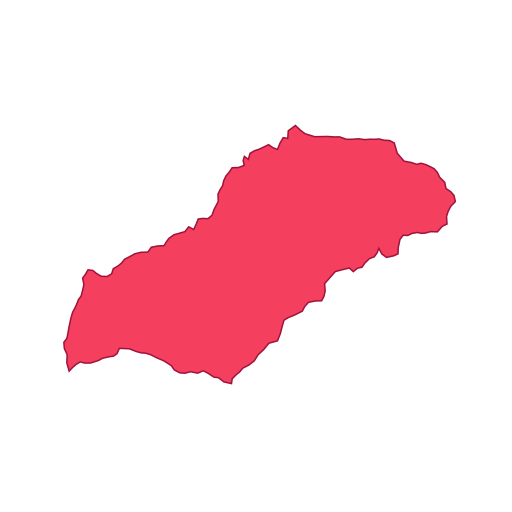 Paulistânia, São Paulo, Brazil, rotated 169°
{"feature_id": "56859067B21120338583283", "entity_name": "Paulistânia", "entity_type": "district", "adm_level": 2, "iso_a3": "BRA", "parent_name": "Brazil", "parent_adm1": "São Paulo", "projection": "natural_earth1", "projection_center": [-49.301, -22.568], "detail": "fine", "context": "isolated", "style": "filled", "palette": "rose", "viewbox_px": 512, "rotation_deg": 169, "n_neighbors": 0, "source": "geoboundaries", "source_scale": "gbopen_adm2", "svg_char_len": 2412}
<svg xmlns="http://www.w3.org/2000/svg" viewBox="0 0 512 512"><g transform="rotate(169 256 256)"><path d="M461.4,178.6L457.4,181.5L453.5,183.8L448.7,185.6L444.7,183.6L438.9,182.5L430.4,183.5L426.1,184.9L419.8,185.1L414.9,184.9L411.1,186.6L407.7,191.4L398.1,189.1L391.8,185.1L387.1,182.8L383.0,181.7L378.4,179.3L372.8,175.0L366.5,170.7L360.1,164.6L357.9,159.7L353.0,155.8L348.1,154.5L342.4,154.9L335.6,152.1L329.7,153.4L325.5,150.1L320.4,145.1L316.1,143.7L311.5,138.5L304.4,135.4L302.8,140.0L298.0,143.3L294.2,145.3L290.4,148.4L283.8,150.3L277.7,153.4L272.7,158.7L266.4,162.6L260.0,167.9L251.1,168.6L246.9,175.2L243.9,181.5L240.8,187.6L236.0,189.4L229.7,190.6L221.1,193.0L217.7,197.2L213.3,200.5L206.0,200.5L200.1,199.5L196.9,203.6L194.8,208.4L193.9,215.8L181.1,225.6L173.4,226.1L166.7,226.4L163.5,222.1L158.5,224.7L154.2,224.7L150.6,228.2L145.3,231.7L140.0,232.7L136.5,236.0L134.0,240.1L132.1,234.0L128.2,229.7L120.6,229.9L116.2,231.0L114.8,237.0L111.5,244.8L107.6,248.3L103.0,247.2L98.7,248.4L93.2,248.3L89.3,246.7L85.4,246.2L80.1,246.6L73.3,245.1L67.3,249.7L62.4,250.9L61.4,258.5L58.8,263.2L55.2,267.7L49.9,271.4L50.1,277.8L52.7,282.1L56.6,286.0L56.7,292.3L60.7,298.3L62.0,303.4L64.5,307.7L67.9,310.4L71.7,313.2L76.4,315.6L80.7,315.3L85.4,318.0L92.6,320.9L97.7,329.8L98.7,340.6L102.9,343.9L108.1,345.2L112.8,347.4L117.3,347.9L121.7,348.9L127.0,349.5L133.0,351.5L139.8,352.3L144.9,353.3L151.2,357.0L156.2,357.9L163.0,359.7L175.6,361.9L179.9,364.2L184.6,366.7L188.4,371.0L192.4,376.6L200.4,372.8L202.4,365.4L206.7,367.0L211.0,362.1L214.6,356.5L218.7,359.1L222.4,362.9L227.9,361.4L232.8,360.2L237.4,359.6L242.3,357.9L245.1,352.3L248.4,356.0L250.4,352.1L250.3,347.2L256.2,346.2L262.6,347.2L265.8,343.9L270.2,340.3L273.4,336.0L275.3,331.5L278.8,327.7L281.5,324.0L282.7,316.7L288.3,309.7L291.4,304.4L296.1,301.8L301.3,303.1L305.7,303.3L308.5,298.9L312.1,293.9L316.5,297.5L321.1,293.5L325.6,293.1L332.5,292.5L338.2,289.9L341.4,286.9L344.3,283.7L350.5,284.6L357.1,284.6L361.4,280.5L368.3,281.6L374.5,281.3L380.1,279.5L385.6,277.9L389.4,274.7L393.7,272.4L398.5,270.8L401.1,266.1L405.9,264.3L411.7,265.6L415.8,269.2L418.9,272.9L423.5,274.5L427.0,270.5L430.4,267.4L430.4,260.8L432.9,255.1L435.3,250.1L438.5,247.2L441.3,242.8L444.0,239.1L446.8,235.7L449.5,230.4L453.2,221.8L455.5,215.7L457.4,211.2L461.1,207.9L461.8,201.8L460.2,195.2L462.1,187.2L461.4,178.6Z" fill="#f43f5e" stroke="#9f1239" stroke-width="1.5"/></g></svg>